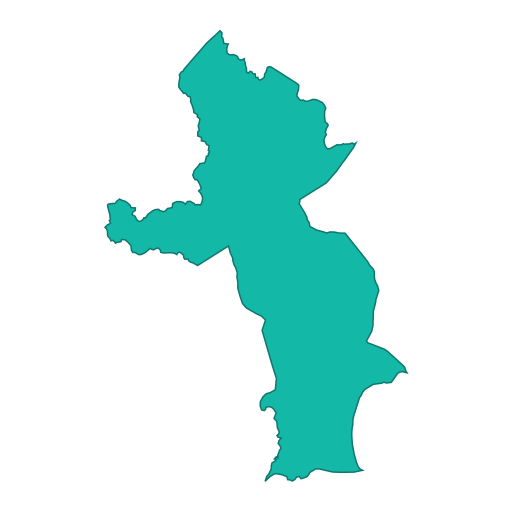 Camaquã, Rio Grande do Sul, Brazil
{"feature_id": "56859067B61362337582377", "entity_name": "Camaquã", "entity_type": "district", "adm_level": 2, "iso_a3": "BRA", "parent_name": "Brazil", "parent_adm1": "Rio Grande do Sul", "projection": "natural_earth1", "projection_center": [-51.838, -30.928], "detail": "fine", "context": "isolated", "style": "filled", "palette": "teal", "viewbox_px": 512, "rotation_deg": 0, "n_neighbors": 0, "source": "geoboundaries", "source_scale": "gbopen_adm2", "svg_char_len": 4906}
<svg xmlns="http://www.w3.org/2000/svg" viewBox="0 0 512 512"><path d="M115.5,243.2L116.8,242.4L120.9,241.7L121.7,239.5L125.1,239.8L127.8,242.1L130.9,245.5L131.5,250.5L132.9,252.5L135.0,252.5L139.0,254.7L141.5,254.4L145.3,252.5L150.2,248.4L151.5,249.3L153.8,249.8L156.7,248.2L158.6,248.2L160.2,249.8L160.7,252.3L163.4,253.0L170.8,252.7L174.4,253.2L176.8,254.6L177.8,252.7L179.9,252.2L183.5,255.1L183.8,257.7L184.8,259.2L188.0,259.0L188.6,260.7L190.5,262.1L192.8,262.8L197.6,265.5L228.5,246.0L230.3,252.9L232.8,258.4L232.8,260.4L233.8,264.2L235.8,268.1L237.3,272.9L236.9,276.8L237.9,282.8L237.8,288.1L240.1,296.5L242.6,303.7L246.4,308.0L256.3,313.7L261.5,316.1L265.5,320.0L262.1,330.3L271.7,363.5L276.5,378.8L276.1,381.2L275.5,387.7L275.3,389.7L270.3,392.6L266.3,393.7L264.2,395.5L262.7,397.3L260.4,401.5L260.2,406.0L261.6,409.9L264.2,410.6L265.4,409.6L266.0,407.6L267.7,406.7L269.7,406.7L271.9,407.5L273.8,409.1L276.1,413.1L274.0,418.5L276.8,421.4L277.4,427.9L279.2,431.6L278.9,433.7L277.0,435.6L278.0,437.2L281.2,438.0L278.9,440.8L278.2,443.6L279.7,445.1L281.1,448.4L279.7,450.0L277.8,455.2L278.0,457.7L276.3,456.7L274.4,458.9L276.3,459.2L274.9,461.2L272.0,462.9L271.4,465.2L271.2,469.2L268.5,474.5L266.7,476.5L265.1,481.3L270.0,476.6L273.7,474.2L275.9,473.6L282.7,474.9L287.0,476.9L287.7,479.7L289.9,479.9L292.4,481.0L294.9,479.5L296.4,477.2L299.2,476.4L301.0,478.7L303.7,477.9L305.9,477.2L307.2,476.4L308.7,474.5L310.0,472.3L311.9,471.2L315.7,468.9L319.2,468.9L332.5,472.0L341.1,472.3L354.0,472.1L362.6,470.3L359.6,468.7L358.0,466.2L357.3,464.4L356.5,462.5L354.1,453.8L352.3,443.9L351.7,434.5L352.0,429.1L352.8,424.6L352.9,419.7L353.9,415.3L359.5,397.7L361.3,395.3L362.4,392.5L365.0,389.3L373.3,384.3L381.7,383.2L383.7,382.2L386.5,383.0L391.3,382.4L397.8,373.2L400.1,372.0L402.5,371.6L404.8,372.3L407.0,372.8L405.9,371.1L404.5,366.9L397.1,360.0L387.3,351.2L384.8,349.4L367.6,342.7L366.5,340.9L371.7,331.3L373.0,325.3L373.0,321.9L373.2,318.1L373.3,314.6L373.4,310.9L374.4,307.4L375.1,304.5L375.7,301.8L375.9,299.6L377.1,295.9L378.7,290.8L378.3,288.5L377.4,285.5L376.0,283.2L374.6,279.1L374.4,276.0L374.3,271.6L373.1,268.9L369.8,265.4L367.9,262.0L360.6,252.7L346.2,234.6L345.1,233.2L338.6,233.0L336.3,232.4L334.6,232.1L332.6,232.0L330.3,231.9L326.7,233.0L323.5,231.9L320.9,231.2L316.2,229.9L314.3,228.8L309.9,226.5L309.2,222.5L307.3,219.9L306.9,217.1L305.8,215.2L304.7,212.7L302.7,209.5L299.2,203.8L299.8,201.5L299.8,199.5L312.1,191.8L314.3,190.4L322.2,185.5L326.4,182.8L337.0,170.6L342.2,163.2L344.7,160.0L353.4,147.7L355.9,143.0L354.0,144.2L352.4,143.0L348.5,144.1L346.7,143.9L345.0,144.3L343.3,143.7L341.8,144.6L339.6,145.0L337.0,144.7L331.1,148.0L329.2,148.9L327.2,148.7L325.6,146.5L324.5,143.9L323.9,140.3L324.9,137.0L326.4,134.6L325.3,132.2L326.4,128.5L328.2,125.3L327.4,123.6L325.4,122.4L325.0,120.4L324.5,115.8L324.6,111.3L325.8,108.3L324.5,105.4L322.2,102.4L316.2,99.6L312.7,99.4L307.9,101.2L305.0,101.1L303.6,100.1L300.1,100.2L296.8,96.0L297.5,92.3L298.4,90.1L298.8,85.1L296.4,83.1L271.1,67.0L269.3,66.6L267.4,67.3L266.2,71.6L264.7,74.1L264.2,77.4L262.5,78.8L260.0,80.1L258.3,79.3L257.9,77.4L255.6,77.4L255.2,73.9L253.0,73.8L252.0,72.0L250.1,71.3L248.3,73.1L246.5,71.8L246.5,68.4L245.5,65.3L245.2,62.7L244.4,60.7L244.4,58.7L241.3,60.1L238.6,59.2L237.6,56.7L236.4,55.7L233.2,54.5L231.0,55.0L228.8,54.5L227.1,52.9L226.7,49.0L227.5,45.6L228.3,44.0L223.8,43.4L222.9,38.2L221.6,36.8L222.0,32.8L220.0,30.7L216.7,33.9L207.0,42.8L192.5,59.4L184.0,69.3L183.1,71.2L181.3,72.0L179.3,74.8L179.9,77.4L179.1,81.7L178.7,84.9L178.8,87.0L180.1,89.0L183.6,93.3L185.6,93.3L187.8,96.2L190.1,96.7L190.8,99.8L190.6,101.8L191.9,104.6L193.4,109.1L193.9,112.6L196.1,113.8L197.6,114.7L197.2,116.7L199.9,118.9L199.3,122.3L198.2,125.9L199.2,130.3L197.8,131.9L197.7,135.9L201.4,137.4L201.4,140.9L205.1,141.6L206.7,144.6L209.1,145.6L208.6,148.6L208.3,150.4L209.7,151.9L208.4,153.3L208.4,155.4L206.4,156.4L205.5,160.7L204.7,162.8L199.8,163.7L198.1,166.2L194.2,170.6L192.8,175.2L193.8,177.8L195.2,179.7L197.2,179.7L199.0,182.9L199.9,184.7L201.3,188.6L198.6,190.9L200.7,193.2L202.3,196.5L202.6,198.9L201.9,202.1L200.6,205.0L197.2,204.5L195.2,205.0L194.1,203.5L190.1,201.3L187.5,201.5L185.1,204.3L183.5,202.5L180.6,201.6L176.6,201.6L172.7,203.5L172.2,207.6L167.5,208.5L165.1,211.1L163.7,211.6L159.9,210.7L158.6,209.3L155.0,209.7L152.6,210.9L150.2,212.6L147.8,214.4L145.6,217.9L143.9,217.8L143.0,219.5L141.0,221.0L138.9,221.5L136.7,219.6L135.0,216.2L132.0,214.7L132.8,212.1L135.2,210.6L135.4,207.9L131.1,207.7L130.2,205.4L127.7,203.0L125.1,201.2L122.7,200.6L119.5,199.1L116.7,201.3L114.8,203.7L113.1,203.4L108.9,203.9L107.5,205.0L107.9,207.3L108.7,210.4L109.9,214.9L110.0,217.3L110.5,219.3L109.3,220.5L110.6,223.0L109.0,224.2L107.0,225.2L105.0,227.4L106.2,228.5L107.2,230.3L107.5,232.4L107.5,234.7L108.1,236.6L109.9,238.5L111.1,240.9L112.5,240.3L114.3,241.4L115.5,243.2Z" fill="#14b8a6" stroke="#0f766e" stroke-width="1.5"/></svg>